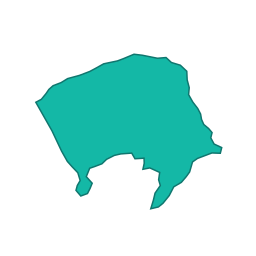 the district of Jumirim, São Paulo, Brazil, rotated 285°
{"feature_id": "56859067B92437086932539", "entity_name": "Jumirim", "entity_type": "district", "adm_level": 2, "iso_a3": "BRA", "parent_name": "Brazil", "parent_adm1": "São Paulo", "projection": "albers", "projection_center": [-47.796, -23.1], "detail": "fine", "context": "isolated", "style": "filled", "palette": "teal", "viewbox_px": 256, "rotation_deg": 285, "n_neighbors": 0, "source": "geoboundaries", "source_scale": "gbopen_adm2", "svg_char_len": 1032}
<svg xmlns="http://www.w3.org/2000/svg" viewBox="0 0 256 256"><g transform="rotate(285 128 128)"><path d="M198.0,170.1L202.2,162.3L202.5,153.0L205.9,146.5L203.0,138.4L202.0,123.1L200.8,114.7L193.7,105.5L190.1,100.5L183.7,87.9L177.0,81.0L172.7,76.4L166.2,67.4L160.1,56.9L154.5,51.6L149.5,44.7L144.8,41.6L140.2,40.0L133.3,36.9L129.0,32.3L105.5,55.4L88.5,69.8L80.0,78.1L76.2,83.9L71.8,91.1L64.9,95.4L59.3,93.9L54.3,93.9L50.1,100.0L54.2,105.8L59.8,107.0L65.4,107.7L70.2,100.3L79.2,101.4L82.3,106.0L86.7,112.1L92.2,115.4L98.0,121.9L101.1,127.7L104.7,138.1L100.1,142.7L103.0,151.3L98.1,152.8L92.0,153.1L95.1,159.4L93.3,170.1L85.9,171.0L80.8,174.1L72.1,171.0L64.6,171.2L55.9,170.9L59.6,177.8L64.4,181.3L73.4,185.3L83.0,187.4L89.3,193.6L96.0,196.8L101.5,198.9L111.9,199.1L116.6,203.0L125.6,215.5L127.5,223.7L133.3,223.6L134.8,215.3L139.9,210.5L145.3,210.4L148.3,206.1L151.0,200.3L155.3,196.8L160.3,194.5L164.9,190.3L169.8,183.9L175.9,177.9L182.8,176.7L189.8,172.7L198.0,170.1Z" fill="#14b8a6" stroke="#0f766e" stroke-width="1.5"/></g></svg>